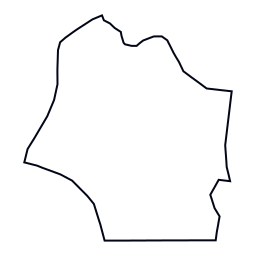 Bilad Ar Rus, Sana'a, Yemen (Natural Earth projection)
{"feature_id": "15242507B85471999170194", "entity_name": "Bilad Ar Rus", "entity_type": "district", "adm_level": 2, "iso_a3": "YEM", "parent_name": "Yemen", "parent_adm1": "Sana'a", "projection": "natural_earth1", "projection_center": [44.271, 15.035], "detail": "fine", "context": "isolated", "style": "outline", "palette": "ink", "viewbox_px": 256, "rotation_deg": 0, "n_neighbors": 0, "source": "geoboundaries", "source_scale": "gbopen_adm2", "svg_char_len": 1360}
<svg xmlns="http://www.w3.org/2000/svg" viewBox="0 0 256 256"><path d="M230.1,181.2L229.2,177.3L228.8,175.5L226.7,167.0L226.3,160.6L225.5,149.7L225.2,145.2L230.4,101.9L231.7,91.3L224.4,90.5L219.9,90.0L218.4,89.8L206.8,88.5L206.4,88.3L197.5,81.7L192.7,78.2L192.1,77.8L184.1,71.8L183.4,71.3L179.0,62.0L176.0,57.1L173.5,52.7L172.0,49.7L169.1,43.9L168.5,42.8L167.3,40.3L164.3,38.2L162.9,37.2L161.8,36.4L155.5,36.4L153.6,36.5L148.6,38.4L143.4,40.4L142.9,40.7L140.0,42.9L139.3,43.5L136.6,45.9L131.8,45.9L129.6,45.4L125.0,44.3L123.6,42.8L121.5,35.8L120.8,31.9L120.0,31.4L114.7,28.0L109.9,23.4L108.9,22.9L103.9,20.3L102.0,15.4L92.4,19.4L92.1,19.6L80.7,27.0L76.4,29.8L72.7,32.4L69.1,35.0L65.5,37.6L60.1,42.3L59.0,46.5L58.0,50.1L57.4,69.5L57.4,72.4L57.5,84.3L57.3,85.1L54.9,96.2L54.1,99.9L47.3,116.2L34.4,138.1L27.6,149.0L25.9,155.9L24.3,162.4L30.3,163.9L31.4,164.2L37.0,165.6L42.7,167.9L60.4,174.4L72.1,180.6L87.4,196.0L93.9,204.0L98.4,218.5L100.3,224.4L104.6,240.6L115.5,240.6L126.0,240.6L126.6,240.6L137.1,240.5L145.0,240.5L146.0,240.5L170.0,240.4L176.0,240.4L179.6,240.4L184.3,240.4L185.9,240.4L195.6,240.3L203.3,240.3L208.5,240.3L213.8,240.3L215.7,240.3L216.8,232.0L218.0,225.5L218.6,221.9L219.6,216.4L218.0,213.8L214.6,208.2L211.9,199.7L210.6,195.7L210.3,194.8L213.2,189.6L213.7,188.8L218.7,179.8L230.1,181.2Z" fill="none" stroke="#020617" stroke-width="2"/></svg>